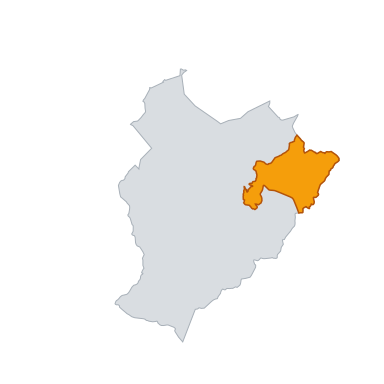 Bolivia, with Potosí highlighted, rotated 228°
{"feature_id": "BOL-1939", "entity_name": "Potosí", "entity_type": "Department", "adm_level": 1, "iso_a3": "BOL", "parent_name": "Bolivia", "parent_adm1": "", "projection": "robinson", "projection_center": [-66.321, -20.376], "detail": "fine", "context": "in_parent", "style": "filled", "palette": "amber", "viewbox_px": 384, "rotation_deg": 228, "n_neighbors": 0, "source": "natural_earth", "source_scale": "10m", "svg_char_len": 9055}
<svg xmlns="http://www.w3.org/2000/svg" viewBox="0 0 384 384"><g transform="rotate(228 192 192)"><path d="M88.8,218.3L88.3,213.7L87.6,212.6L86.5,211.8L86.1,210.9L86.5,209.9L88.6,208.0L89.7,207.7L90.0,206.7L93.9,201.3L95.0,200.2L96.4,199.4L97.0,198.8L96.7,196.8L96.8,195.4L97.2,194.6L99.8,193.0L100.1,192.7L100.0,192.2L98.8,191.2L96.5,190.3L95.0,190.4L93.5,188.9L90.4,180.6L89.9,178.7L89.9,178.0L92.0,173.9L94.2,170.6L94.0,169.9L91.4,166.7L90.7,165.2L90.9,161.8L92.4,160.8L93.1,157.8L93.7,157.3L95.1,155.3L97.0,153.4L97.1,151.2L97.7,150.6L99.3,149.9L99.4,149.3L99.1,147.8L98.3,146.2L97.6,145.4L96.8,141.5L95.8,139.5L96.8,137.7L97.4,135.8L97.6,133.5L97.5,123.4L99.4,120.9L100.4,120.4L101.3,119.6L101.3,118.0L102.6,115.9L86.8,84.8L93.0,84.9L99.7,86.0L100.8,86.7L101.1,87.8L101.8,88.3L103.7,88.0L109.1,85.3L109.9,84.5L111.8,81.5L113.3,79.9L114.7,79.3L117.5,79.0L118.4,79.5L119.5,79.5L120.5,77.8L121.9,75.9L124.8,73.6L126.3,72.9L127.2,72.1L128.8,72.0L130.2,71.2L136.9,65.3L139.6,63.8L142.8,63.1L145.1,62.3L151.1,61.5L154.9,61.1L156.2,62.0L157.6,61.7L158.7,60.4L159.7,60.0L160.4,60.0L161.4,61.6L161.9,63.2L161.6,64.5L161.7,66.3L162.1,68.7L161.9,70.8L159.7,74.8L159.5,75.9L159.6,77.5L160.3,80.1L161.5,83.7L161.7,86.3L160.8,88.0L160.4,89.5L160.5,90.7L160.8,91.6L161.3,92.1L161.6,93.1L161.7,94.6L162.4,96.0L163.7,97.4L164.3,98.8L164.0,100.0L164.1,100.8L164.5,101.1L165.3,100.5L165.8,100.6L166.7,102.4L167.3,104.2L167.5,105.3L170.3,106.4L174.2,109.9L175.9,110.8L177.5,114.6L180.4,115.5L186.0,116.4L188.6,115.2L190.4,115.4L192.2,116.2L196.3,119.4L198.0,120.0L199.3,119.2L200.4,118.9L201.2,119.2L202.2,122.0L205.3,124.9L206.5,125.8L207.9,125.7L213.8,128.5L215.3,128.7L216.9,128.5L217.9,129.0L218.3,130.7L220.9,134.0L222.1,135.3L223.6,136.4L227.4,136.4L228.5,136.7L236.1,135.7L238.9,137.1L246.1,141.7L247.5,144.6L247.8,146.3L247.4,147.9L246.8,148.5L246.6,149.6L246.8,151.1L248.0,152.5L248.9,157.3L249.6,158.3L250.0,167.7L244.6,167.9L245.5,168.8L250.5,175.5L251.5,191.3L280.1,192.5L280.9,192.5L283.0,191.6L283.5,191.6L283.4,195.7L281.2,198.9L281.1,199.9L281.4,204.2L282.1,207.6L282.4,210.6L283.2,211.6L285.7,213.2L289.4,216.2L290.9,216.6L292.2,216.2L292.9,217.4L293.1,219.4L296.3,228.4L296.9,229.6L297.9,230.3L297.7,230.7L296.9,230.9L296.5,231.6L292.7,244.3L293.6,244.3L293.8,246.9L292.7,247.1L292.4,247.6L286.5,260.9L291.1,265.6L290.6,266.4L288.3,267.1L287.0,269.0L285.9,269.3L286.3,266.0L285.9,263.1L285.6,262.4L269.9,251.7L253.9,251.9L227.7,258.1L223.5,258.9L220.6,267.1L214.3,277.3L214.2,287.4L207.6,310.7L206.0,309.3L204.8,307.0L204.5,306.0L204.3,306.0L189.9,306.1L189.2,306.6L188.2,306.6L187.4,306.2L186.7,306.2L185.7,306.6L184.7,307.5L179.6,318.1L178.9,322.0L178.6,322.6L177.8,321.3L175.2,313.5L173.8,310.6L172.2,309.8L167.1,308.3L158.0,307.9L155.1,308.3L153.6,308.0L152.1,306.4L148.7,303.6L148.0,302.8L146.7,302.2L145.9,302.1L145.4,302.7L144.1,307.1L143.4,308.3L138.6,310.2L137.4,310.4L136.7,311.4L136.4,312.9L135.8,314.3L132.5,316.3L131.8,317.1L131.4,319.1L129.0,322.5L122.4,323.9L120.2,323.9L118.7,323.7L117.2,322.5L117.0,320.7L117.3,318.7L117.1,315.9L115.9,312.7L116.0,311.7L115.9,310.1L115.3,307.2L113.7,305.7L113.1,301.1L111.8,298.4L111.6,292.0L107.5,285.0L105.8,284.5L105.3,284.1L105.1,283.0L105.2,280.4L106.6,278.6L102.1,275.2L101.8,274.3L101.8,273.6L103.0,272.2L102.2,270.5L102.3,269.0L101.8,268.3L101.8,267.8L102.3,267.4L104.5,266.9L105.2,265.3L105.2,264.1L104.9,263.1L102.8,260.8L102.8,260.4L106.9,254.7L106.8,254.2L106.4,253.6L104.1,251.9L101.7,249.2L100.0,247.9L98.7,246.5L98.1,245.3L97.9,242.2L97.0,239.1L95.9,231.6L94.9,228.8L95.9,227.4L95.8,227.0L92.0,224.8L91.2,221.4L88.8,218.3Z" fill="#d9dde1" stroke="#a8b0b8" stroke-width="1"/><path d="M104.6,267.1L104.9,266.9L105.0,266.7L105.1,266.0L105.1,265.6L105.5,264.7L105.5,264.4L105.5,264.2L105.4,263.9L105.4,263.3L105.3,263.2L105.2,262.9L104.5,262.5L104.2,262.3L103.6,261.6L102.8,260.9L102.7,260.7L102.7,260.3L102.9,259.9L103.7,259.2L104.0,258.8L104.9,257.3L109.9,259.3L117.9,262.2L119.5,262.5L120.4,262.5L122.7,261.7L133.4,256.6L137.0,254.8L137.7,254.4L139.0,253.3L141.1,251.3L141.8,250.8L142.2,250.6L145.9,250.4L148.0,250.2L148.5,250.1L148.9,249.8L149.0,249.6L149.0,249.4L148.7,248.8L147.4,247.2L146.5,245.9L145.9,244.5L145.1,241.7L144.8,241.3L144.5,241.1L143.6,240.7L142.5,240.6L141.0,239.9L140.5,239.6L139.0,238.3L138.8,238.2L138.7,238.0L138.6,237.8L137.9,236.3L137.7,236.0L137.7,235.9L137.7,235.6L137.7,235.4L137.9,234.5L137.9,234.2L137.9,233.9L137.9,233.3L137.9,233.1L138.1,232.8L138.5,232.6L138.9,232.3L139.7,231.9L140.2,231.5L140.6,231.0L140.2,230.9L139.9,230.9L139.7,230.9L139.3,230.7L139.1,230.7L138.7,230.7L138.2,230.8L137.8,230.7L137.2,230.4L136.9,230.1L136.8,229.9L136.7,229.7L136.7,229.2L136.8,227.4L136.9,227.0L138.1,226.6L138.3,226.5L138.5,226.4L138.7,226.2L138.8,225.8L140.0,225.5L140.4,225.5L140.7,225.6L141.4,225.7L142.4,225.6L143.3,225.8L143.5,225.8L143.7,225.7L143.9,225.6L145.3,224.4L146.7,223.3L146.9,223.2L147.4,223.1L148.1,223.1L148.7,223.1L149.0,223.2L149.4,223.2L149.5,223.6L149.7,224.1L150.0,224.5L150.4,224.8L150.5,224.9L150.7,225.1L150.8,225.6L152.1,225.3L152.5,225.3L152.8,225.8L153.8,226.5L154.9,227.5L155.0,227.9L155.3,228.1L156.0,228.5L156.4,229.1L156.6,229.5L156.8,230.0L157.0,230.3L157.3,230.6L157.6,230.7L158.3,231.3L159.0,232.7L159.5,233.4L159.9,233.5L160.0,233.5L160.3,233.8L160.9,234.1L161.0,234.2L161.1,234.4L160.6,234.6L160.3,234.5L159.9,234.3L158.6,233.9L158.4,233.7L158.2,233.8L157.7,234.0L157.4,234.0L157.2,233.6L156.9,233.5L156.8,233.4L156.3,233.5L156.2,233.4L155.9,233.3L155.7,233.3L155.6,233.2L155.5,232.9L155.4,232.9L155.2,232.9L155.1,233.0L155.0,233.3L155.1,234.0L155.2,234.3L155.4,234.6L155.5,234.7L155.6,234.8L156.0,235.0L156.2,235.3L156.3,235.5L156.1,236.5L156.2,237.3L156.5,239.5L156.3,239.9L155.9,240.3L155.8,240.5L155.7,240.6L155.7,240.9L155.8,241.0L156.0,241.1L158.1,240.0L158.4,239.8L159.2,239.6L159.3,239.6L159.6,239.7L159.6,239.8L159.7,240.0L159.8,240.2L159.8,240.4L159.7,240.7L159.5,241.0L159.4,241.2L159.3,241.3L159.0,241.5L158.4,242.1L158.3,242.4L158.3,242.6L158.4,242.8L158.7,243.1L158.8,243.3L158.8,243.5L158.9,243.8L158.9,244.1L158.9,244.3L158.7,244.5L157.8,246.0L157.7,246.2L157.7,246.4L158.0,247.3L158.3,247.9L158.9,248.3L159.0,248.4L159.1,248.5L159.2,248.8L159.2,249.3L159.3,249.6L159.6,249.8L160.0,250.2L160.4,250.8L160.6,251.1L161.5,251.7L161.7,252.0L162.0,252.2L162.8,252.4L163.1,252.5L163.3,252.8L164.4,253.4L164.8,253.6L165.2,253.5L165.3,253.4L165.5,253.5L165.9,253.5L167.2,253.0L167.7,253.0L168.2,253.1L168.5,253.4L168.8,253.8L169.0,254.3L169.0,254.7L169.2,254.8L169.4,255.1L169.4,255.3L169.3,255.8L169.2,256.2L169.2,256.6L169.3,256.9L169.5,257.3L171.0,259.4L171.4,260.2L171.5,260.7L170.7,261.8L169.4,263.4L166.1,265.4L165.8,265.5L164.0,265.6L163.6,265.7L163.1,265.8L162.7,266.0L162.4,266.3L162.1,266.6L161.9,266.7L161.7,266.8L161.6,267.0L161.6,267.4L161.6,267.5L161.7,267.9L161.6,268.2L160.9,269.2L160.8,269.4L160.7,270.1L160.6,270.3L160.7,271.0L160.7,271.4L161.9,276.7L160.6,280.1L160.5,280.4L160.3,281.6L160.2,281.9L159.7,282.8L159.6,285.3L158.8,288.1L158.8,288.5L158.9,289.3L158.7,291.4L158.8,291.9L158.8,292.0L159.1,292.7L161.5,295.6L162.9,296.8L162.9,297.4L162.9,297.6L162.9,297.8L162.6,298.7L162.4,299.1L162.1,299.4L162.1,299.5L161.9,299.8L161.9,300.4L161.8,300.6L161.6,300.9L161.5,301.2L161.3,302.1L161.5,302.2L161.6,302.3L161.9,302.7L162.1,302.9L162.2,303.1L162.5,303.5L162.9,304.4L163.1,304.8L163.3,305.0L163.5,305.6L164.0,308.0L159.1,308.1L158.2,308.0L157.0,307.8L156.8,307.8L156.6,308.0L154.1,308.3L153.6,308.2L153.1,307.8L150.8,304.9L150.5,304.7L148.9,304.4L148.6,303.3L148.0,302.7L147.3,302.3L145.8,301.8L145.5,301.9L144.7,305.2L144.5,307.1L144.5,307.4L144.4,307.6L144.2,307.6L143.9,307.7L143.7,307.9L143.6,308.1L143.2,308.6L140.9,309.3L138.8,309.9L138.8,310.0L138.7,310.3L138.3,310.2L138.0,310.2L137.8,310.1L137.6,310.1L137.3,310.2L137.0,310.6L136.7,311.0L136.6,311.4L136.4,312.9L136.3,313.4L136.1,313.7L136.0,313.8L136.1,314.4L136.1,314.6L135.9,314.8L134.0,315.4L133.5,315.7L133.2,316.1L133.0,316.4L132.8,316.5L132.5,316.6L132.1,316.5L131.8,316.6L132.0,318.4L131.9,318.9L131.7,319.2L130.4,320.3L129.9,320.9L129.0,322.5L123.6,323.8L122.9,323.9L121.7,324.0L119.1,323.8L118.5,323.6L118.4,323.5L118.0,322.9L117.9,322.9L117.3,322.7L117.1,322.4L117.0,321.9L117.0,320.4L117.5,317.4L117.5,317.0L117.0,315.9L116.9,314.9L116.7,314.5L116.0,313.1L115.9,312.7L115.9,312.3L116.2,311.1L116.2,310.7L116.0,310.2L115.5,309.5L115.5,309.3L115.5,309.1L115.8,308.7L115.8,308.1L115.5,307.6L115.2,307.2L114.9,307.0L114.1,306.1L113.6,305.7L113.5,305.4L113.4,305.1L113.2,301.8L112.8,300.3L111.7,298.2L111.6,297.5L111.7,292.6L111.4,291.7L107.8,285.2L107.5,284.9L107.1,284.8L106.4,284.9L106.2,284.8L105.4,284.3L105.1,283.5L105.1,280.9L105.2,280.4L105.5,280.0L106.6,278.9L106.6,278.5L106.1,278.1L105.7,277.9L104.9,277.3L103.1,276.4L102.7,276.0L102.3,275.6L102.0,275.1L101.7,274.4L101.6,273.8L101.8,273.3L102.2,273.0L103.2,272.6L102.5,271.3L102.3,270.6L102.3,269.8L102.4,269.2L101.8,268.9L101.3,268.5L101.2,268.1L101.5,267.8L103.6,267.1L104.2,267.0L104.4,267.1L104.6,267.1Z" fill="#f59e0b" stroke="#b45309" stroke-width="1.5"/></g></svg>